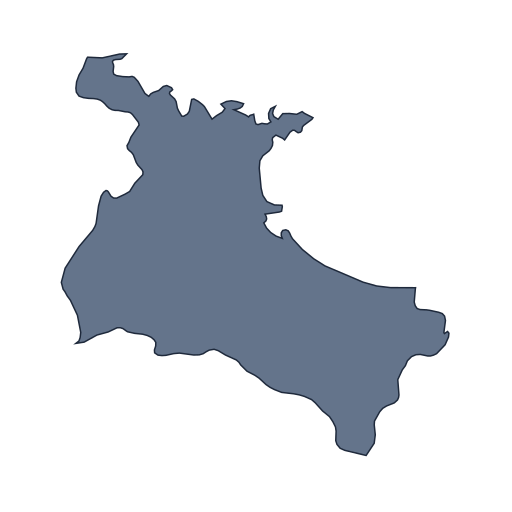 map outline of Miyagi (Albers equal-area conic projection), rotated 278°
{"feature_id": "JPN-1866", "entity_name": "Miyagi", "entity_type": "Prefecture", "adm_level": 1, "iso_a3": "JPN", "parent_name": "Japan", "parent_adm1": "", "projection": "albers", "projection_center": [141.11, 38.38], "detail": "fine", "context": "isolated", "style": "filled", "palette": "slate", "viewbox_px": 512, "rotation_deg": 278, "n_neighbors": 0, "source": "natural_earth", "source_scale": "10m", "svg_char_len": 3716}
<svg xmlns="http://www.w3.org/2000/svg" viewBox="0 0 512 512"><g transform="rotate(278 256 256)"><path d="M429.4,61.5L429.5,62.2L430.8,76.2L437.0,92.8L438.2,99.7L432.7,95.6L431.9,94.0L431.0,89.6L430.1,87.6L428.7,86.8L427.3,87.2L425.7,88.2L423.8,88.7L418.9,88.8L416.3,89.8L415.2,92.8L415.1,99.0L415.7,105.4L416.6,108.3L416.0,110.6L412.5,114.8L401.5,123.4L399.2,127.6L401.9,129.2L403.7,131.5L406.3,136.6L411.0,140.6L412.4,143.9L410.9,148.9L409.1,150.3L407.8,149.3L406.4,147.8L404.8,147.7L403.5,148.8L400.3,153.5L397.8,155.4L391.4,157.6L388.8,159.3L384.2,163.0L384.3,164.9L387.0,168.3L390.0,169.8L402.1,170.5L402.9,172.6L401.1,177.3L398.4,182.0L396.8,184.1L385.4,193.4L389.5,197.4L393.7,202.6L397.7,204.8L401.5,200.1L404.9,205.2L406.3,210.1L406.2,215.6L405.1,222.5L402.2,221.6L400.3,219.7L398.9,217.0L397.8,213.7L394.2,226.1L392.7,229.3L394.2,230.3L394.9,231.4L395.3,232.6L396.1,234.0L389.7,236.0L386.7,237.6L386.4,239.7L388.2,243.4L388.1,246.2L388.3,248.9L390.9,252.1L393.9,249.6L398.9,248.6L403.9,250.0L406.9,254.3L403.0,252.8L399.4,252.6L396.5,254.3L394.5,258.9L400.7,262.7L401.8,269.4L402.0,276.6L405.4,281.6L404.0,284.1L400.9,293.2L399.1,292.3L392.0,285.1L390.3,284.0L386.5,283.9L384.8,282.8L383.9,280.5L384.8,278.5L385.8,276.7L385.7,274.9L383.3,272.4L374.9,268.2L376.3,266.0L378.5,258.9L375.5,256.0L373.3,255.9L371.0,256.8L367.7,256.9L364.7,255.9L362.0,254.4L356.2,248.8L350.9,246.6L343.4,247.0L324.0,251.6L317.0,254.3L311.4,259.2L309.1,267.1L309.9,274.7L308.5,275.2L303.9,275.1L302.8,273.0L298.7,259.1L296.4,260.7L294.2,261.4L292.0,260.9L289.9,259.1L285.1,262.6L281.3,267.3L278.5,273.1L277.1,279.6L279.6,278.2L282.5,277.8L285.0,278.9L286.1,281.9L285.4,284.4L283.3,286.2L280.6,287.8L278.1,289.8L268.9,301.0L261.3,313.5L255.8,325.6L245.0,365.6L243.1,379.6L243.4,393.5L246.7,417.8L246.8,418.4L245.1,418.4L232.4,419.1L228.9,420.6L226.4,422.9L225.8,425.8L226.4,432.4L226.4,435.5L225.7,444.8L224.9,448.5L222.7,451.1L218.5,452.6L206.2,452.7L205.4,453.4L207.9,456.2L206.4,457.8L202.5,457.9L194.4,455.6L184.4,448.4L182.5,445.5L181.3,442.7L180.9,440.0L181.4,432.4L180.5,428.1L178.0,424.0L173.3,420.5L168.2,419.2L163.6,416.7L153.3,413.6L138.3,416.9L135.9,416.9L133.2,416.2L129.8,413.4L125.7,406.2L122.8,402.7L119.0,400.2L109.0,396.3L105.2,396.6L95.5,399.0L87.0,399.1L73.8,392.8L75.9,371.0L77.3,366.1L80.7,362.4L84.2,360.7L93.7,359.7L97.8,358.5L102.6,355.2L107.2,351.1L111.8,343.5L118.8,335.2L121.5,331.1L123.7,323.5L124.5,318.3L124.8,312.5L124.5,300.4L126.3,292.8L127.9,288.2L130.1,283.8L135.5,276.0L137.8,271.3L140.6,263.2L146.0,256.0L148.4,253.9L150.3,251.0L153.7,239.5L157.0,231.8L157.8,227.5L156.3,222.8L154.2,219.9L151.9,217.3L150.2,213.5L149.3,208.1L149.2,193.7L147.9,188.1L145.1,180.6L144.3,176.7L144.2,172.7L146.0,169.1L148.8,168.5L152.9,169.2L156.5,168.8L158.9,166.7L161.0,163.3L162.2,159.3L162.8,154.5L162.5,146.6L163.1,139.3L163.7,138.0L165.6,134.4L166.1,131.7L165.6,128.4L160.2,120.2L155.6,109.5L146.8,97.8L144.4,89.8L147.2,92.5L150.8,93.2L155.9,93.1L172.5,87.4L186.3,78.4L190.1,74.7L194.0,71.8L196.3,69.6L202.8,66.9L217.4,68.7L240.8,79.5L258.6,90.7L262.8,92.4L266.0,93.1L283.8,93.1L293.7,94.3L297.9,96.2L300.0,98.4L299.8,99.8L298.9,100.9L295.0,104.1L293.6,106.9L293.9,109.9L299.0,117.7L302.3,121.9L311.3,125.9L320.8,132.6L323.6,132.4L325.6,131.1L329.5,126.4L331.9,124.4L339.2,120.4L341.3,118.3L342.8,115.8L344.4,113.9L347.3,112.9L350.8,114.3L356.3,115.6L369.5,122.0L372.1,120.9L378.9,114.0L380.4,111.7L380.8,109.2L380.6,106.3L381.0,99.5L380.6,96.1L380.8,93.1L381.9,90.0L383.7,87.4L385.8,85.0L387.5,82.5L388.6,80.3L389.3,77.0L389.3,73.3L388.8,68.3L388.8,63.0L389.7,58.5L393.2,55.3L397.1,54.3L403.6,54.1L410.7,55.6L417.9,58.6L427.7,60.8L429.4,61.5Z" fill="#64748b" stroke="#1e293b" stroke-width="1.5"/></g></svg>